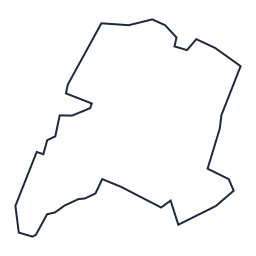 Khiva city, Khorezm, Uzbekistan (Albers equal-area conic projection)
{"feature_id": "79887680B59806370896431", "entity_name": "Khiva city", "entity_type": "district", "adm_level": 2, "iso_a3": "UZB", "parent_name": "Uzbekistan", "parent_adm1": "Khorezm", "projection": "albers", "projection_center": [60.357, 41.382], "detail": "fine", "context": "isolated", "style": "outline", "palette": "slate", "viewbox_px": 256, "rotation_deg": 0, "n_neighbors": 0, "source": "geoboundaries", "source_scale": "gbopen_adm2", "svg_char_len": 610}
<svg xmlns="http://www.w3.org/2000/svg" viewBox="0 0 256 256"><path d="M165.1,25.2L152.2,19.4L128.8,25.2L101.4,23.3L67.9,84.4L65.9,93.4L91.8,103.5L90.2,108.1L72.0,115.6L59.7,115.4L55.3,136.3L47.2,140.2L43.4,154.2L36.7,152.0L15.4,205.9L18.8,232.6L32.5,236.6L35.9,234.8L47.1,214.2L54.9,212.5L64.5,205.6L78.4,199.1L84.8,198.5L95.5,193.4L102.2,179.1L116.1,184.8L120.4,186.5L161.1,207.5L170.6,200.6L178.3,224.7L215.7,206.1L233.7,190.7L228.8,179.2L207.6,168.7L219.8,128.5L221.4,115.2L240.6,66.2L215.2,48.0L196.3,39.2L187.0,50.1L174.5,46.4L176.5,37.5L165.1,25.2Z" fill="none" stroke="#1e293b" stroke-width="2"/></svg>